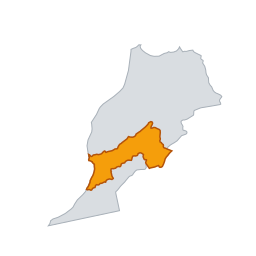 Morocco, with Souss - Massa - Draâ highlighted, rotated 348°
{"feature_id": "MAR-1455", "entity_name": "Souss - Massa - Draâ", "entity_type": "Region", "adm_level": 1, "iso_a3": "MAR", "parent_name": "Morocco", "parent_adm1": "", "projection": "mercator", "projection_center": [-8.042, 30.523], "detail": "fine", "context": "in_parent", "style": "filled", "palette": "amber", "viewbox_px": 256, "rotation_deg": 348, "n_neighbors": 0, "source": "natural_earth", "source_scale": "10m", "svg_char_len": 5409}
<svg xmlns="http://www.w3.org/2000/svg" viewBox="0 0 256 256"><g transform="rotate(348 128 128)"><path d="M31.7,205.3L33.1,202.6L35.7,201.4L41.0,200.8L48.8,198.6L55.8,195.3L57.8,194.0L60.0,191.3L63.5,187.8L70.1,183.7L73.2,181.3L77.8,175.4L80.9,170.6L83.5,167.4L85.3,164.6L86.5,161.8L87.2,157.2L86.7,155.4L84.8,152.5L83.5,151.7L83.1,150.3L83.8,147.9L83.8,143.7L84.2,136.9L86.4,131.4L91.7,124.3L92.7,121.3L93.3,116.6L93.3,114.9L100.0,108.2L103.9,103.0L105.3,101.7L108.7,99.4L120.7,94.2L127.5,90.5L131.5,87.7L133.8,84.5L140.4,71.8L146.8,53.8L147.3,51.7L150.2,51.1L152.2,50.9L153.9,50.2L155.9,48.9L157.9,49.4L156.9,50.3L156.9,52.6L158.3,55.2L160.7,58.1L165.0,61.8L168.4,63.3L173.3,64.2L178.9,62.6L182.1,62.5L183.6,61.8L185.3,62.9L188.5,63.2L191.5,62.7L193.9,61.1L195.3,59.3L195.6,60.2L195.6,61.1L196.1,61.7L197.0,64.0L197.5,64.9L199.3,64.7L200.8,65.2L204.3,65.0L207.6,65.3L208.0,66.8L209.0,68.0L212.4,70.7L214.5,72.3L214.5,72.9L213.9,74.3L213.6,75.2L214.1,76.2L215.4,77.4L215.5,78.0L215.2,78.6L214.5,79.9L215.9,83.7L216.1,87.3L215.8,89.9L215.8,91.4L216.0,92.7L217.1,95.6L216.4,100.4L217.2,103.1L218.4,105.2L219.1,109.0L220.1,110.8L221.7,112.4L222.6,112.9L224.3,114.2L225.6,115.3L226.3,116.9L224.8,118.2L223.5,119.4L223.1,120.7L223.7,122.8L223.7,123.9L222.9,124.2L219.6,124.1L217.1,124.0L214.1,123.9L210.0,123.7L207.4,123.6L203.9,123.4L202.6,123.5L199.4,124.1L197.1,124.5L196.7,124.6L196.0,125.1L195.5,126.6L195.1,128.3L194.6,129.1L187.7,131.6L185.1,131.9L183.5,131.6L182.4,131.9L181.4,132.4L181.1,133.2L181.1,134.2L181.3,135.2L181.9,136.7L182.1,138.1L181.6,139.1L181.5,140.1L181.3,141.2L181.7,141.8L182.4,141.9L183.0,142.4L184.0,142.9L184.7,143.7L184.7,145.0L184.0,145.7L183.5,146.0L180.9,146.4L178.9,146.6L176.2,148.6L173.4,150.7L170.0,152.1L168.6,152.5L166.0,153.4L162.9,155.1L161.4,157.7L159.4,160.7L157.6,162.7L155.1,164.7L152.7,165.4L149.8,166.3L146.0,167.0L143.4,167.2L142.6,167.4L140.3,167.4L139.2,167.3L138.3,167.2L138.0,167.4L137.9,167.9L137.8,169.0L137.7,170.2L136.9,171.3L136.4,171.7L135.8,171.9L133.8,171.6L132.2,171.3L128.3,170.9L127.5,171.0L127.3,171.1L126.0,171.8L124.2,173.3L122.9,174.6L122.0,175.2L119.7,175.5L118.7,176.0L114.5,179.3L113.6,180.1L109.3,182.9L108.1,183.8L107.1,184.7L104.5,186.8L102.9,187.7L102.6,188.3L102.5,189.6L102.5,192.4L102.5,195.1L102.5,199.0L102.5,202.9L102.5,207.1L29.7,207.1L31.7,205.3Z" fill="#d9dde1" stroke="#a8b0b8" stroke-width="1"/><path d="M166.1,159.5L164.4,160.5L163.0,161.5L161.2,163.1L159.5,164.3L157.9,166.0L156.8,168.2L155.3,170.6L153.6,172.8L152.0,173.3L150.6,172.8L150.1,171.1L148.0,171.3L146.1,171.7L144.1,171.7L141.7,171.7L140.5,171.9L138.4,167.0L138.1,165.9L138.2,165.2L139.3,163.5L139.4,162.9L138.8,162.7L137.8,162.5L137.3,161.9L136.9,160.0L136.8,159.2L137.3,157.8L137.6,157.2L136.6,156.0L135.4,155.0L134.5,154.7L133.1,155.0L132.4,155.3L131.9,156.3L131.3,156.8L130.5,156.9L129.3,156.9L128.2,156.5L127.0,156.5L126.3,157.2L125.6,158.4L125.2,159.4L124.6,160.3L122.9,159.9L122.3,159.6L121.7,159.6L121.1,159.5L119.7,159.7L118.8,160.2L118.1,160.7L117.5,161.4L114.9,161.4L114.1,161.7L113.6,162.4L113.3,163.3L112.7,163.9L112.0,164.2L111.1,163.7L110.1,163.7L108.7,163.9L107.6,164.7L105.3,164.8L104.3,164.5L103.1,164.5L102.7,165.2L102.4,165.8L102.5,166.4L102.7,166.8L102.3,167.2L102.2,167.7L102.3,168.3L102.3,171.6L102.6,172.7L103.0,173.7L103.1,174.3L102.7,174.6L102.2,174.7L101.6,175.0L99.4,174.0L97.6,174.1L96.1,174.6L95.3,175.5L94.9,176.3L94.6,176.3L94.3,175.9L93.8,175.9L92.4,176.2L91.5,176.5L90.6,176.6L89.8,176.5L89.1,176.5L87.9,177.4L87.1,177.5L86.3,177.3L85.6,176.9L84.6,177.3L84.1,177.8L83.9,178.6L83.2,179.4L82.3,179.3L81.5,179.5L80.7,179.9L79.5,181.1L78.7,181.1L78.1,180.7L77.7,180.3L77.2,180.1L76.8,180.0L75.7,180.1L74.6,179.5L75.4,178.3L75.9,177.7L76.2,177.5L76.8,177.2L77.0,176.9L77.4,176.3L77.9,175.8L78.0,175.5L78.1,175.1L78.8,174.5L78.9,174.4L79.0,174.0L79.7,173.0L79.8,172.8L79.8,172.4L79.9,172.0L80.1,171.6L80.2,171.3L81.0,170.6L81.1,170.4L81.2,170.1L81.9,169.2L84.0,166.9L85.7,163.9L86.7,161.5L86.9,160.8L87.1,158.4L87.4,157.1L87.5,156.7L87.4,156.2L87.2,156.0L87.0,155.8L86.7,155.5L86.5,155.2L86.1,154.3L86.0,153.6L85.8,153.5L85.6,153.5L85.3,153.3L85.0,152.8L83.9,152.0L83.5,152.0L83.1,151.9L82.9,151.6L82.9,150.9L83.3,150.2L83.7,149.5L84.0,148.9L84.1,148.5L84.1,148.3L84.1,148.1L84.0,147.9L83.9,147.8L84.0,147.6L84.0,147.4L84.0,145.7L84.9,146.4L85.5,147.6L86.1,148.2L86.9,148.2L87.8,147.7L88.4,147.2L90.1,147.3L92.0,147.2L93.5,147.9L95.3,147.9L96.6,147.7L97.3,147.4L97.9,146.8L99.6,145.8L100.3,145.6L100.7,145.9L101.0,146.3L101.1,147.0L101.4,147.3L101.8,147.3L102.7,147.0L103.9,146.9L107.7,146.9L110.0,146.2L110.9,145.8L112.3,146.0L113.1,146.0L113.8,145.4L114.5,144.2L115.4,143.2L116.4,142.3L117.6,141.8L118.4,141.6L119.0,141.1L124.6,138.5L125.5,137.7L126.0,137.1L126.5,136.7L126.8,136.5L127.5,136.9L128.1,137.3L129.1,137.5L130.1,137.9L131.6,137.9L133.0,137.5L133.9,136.8L134.7,135.6L138.3,134.1L139.1,133.9L140.2,133.2L145.2,130.6L148.4,128.4L149.3,127.2L151.7,126.5L152.8,127.1L153.1,128.3L152.3,129.7L150.8,131.6L150.4,132.8L151.1,133.1L152.0,133.1L153.2,132.8L154.0,133.0L155.0,133.4L155.8,134.2L158.3,136.0L158.9,137.1L158.6,139.2L157.4,142.9L157.3,144.1L157.4,145.0L157.0,146.3L156.5,146.8L156.5,147.4L156.5,148.3L157.0,148.7L157.6,149.3L157.8,150.0L158.4,150.9L159.0,151.5L159.0,152.5L158.7,153.3L158.8,154.5L159.7,155.3L160.6,155.6L161.9,156.7L163.6,157.8L166.1,159.5Z" fill="#f59e0b" stroke="#b45309" stroke-width="1.5"/></g></svg>